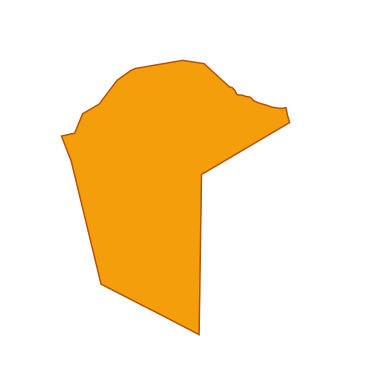 outline of Pajeú do Piauí, Piauí, Brazil, rotated 159°
{"feature_id": "56859067B79713407266693", "entity_name": "Pajeú do Piauí", "entity_type": "district", "adm_level": 2, "iso_a3": "BRA", "parent_name": "Brazil", "parent_adm1": "Piauí", "projection": "orthographic", "projection_center": [-42.901, -7.864], "detail": "fine", "context": "isolated", "style": "filled", "palette": "amber", "viewbox_px": 384, "rotation_deg": 159, "n_neighbors": 0, "source": "geoboundaries", "source_scale": "gbopen_adm2", "svg_char_len": 748}
<svg xmlns="http://www.w3.org/2000/svg" viewBox="0 0 384 384"><g transform="rotate(159 192 192)"><path d="M293.8,291.0L293.7,263.6L295.2,252.6L295.4,250.7L303.1,191.3L309.3,143.4L309.9,138.5L278.3,103.2L266.0,89.6L236.5,56.3L211.1,119.5L210.0,122.3L193.3,164.0L191.2,169.0L182.5,190.9L176.8,205.0L138.5,211.4L75.9,221.9L75.5,228.5L74.1,237.1L77.7,237.7L81.0,239.2L87.3,242.7L89.9,245.2L94.6,248.8L97.8,251.2L101.2,254.6L102.4,256.6L103.3,259.1L104.9,260.5L107.1,261.6L110.7,264.7L112.8,265.3L115.2,267.1L115.4,270.1L115.8,272.3L117.3,275.3L119.5,276.9L128.5,294.9L134.7,307.5L153.4,318.2L200.9,327.7L202.8,327.5L206.0,327.3L221.8,323.2L247.3,307.3L266.0,304.3L280.4,289.0L293.8,291.0Z" fill="#f59e0b" stroke="#b45309" stroke-width="1.5"/></g></svg>